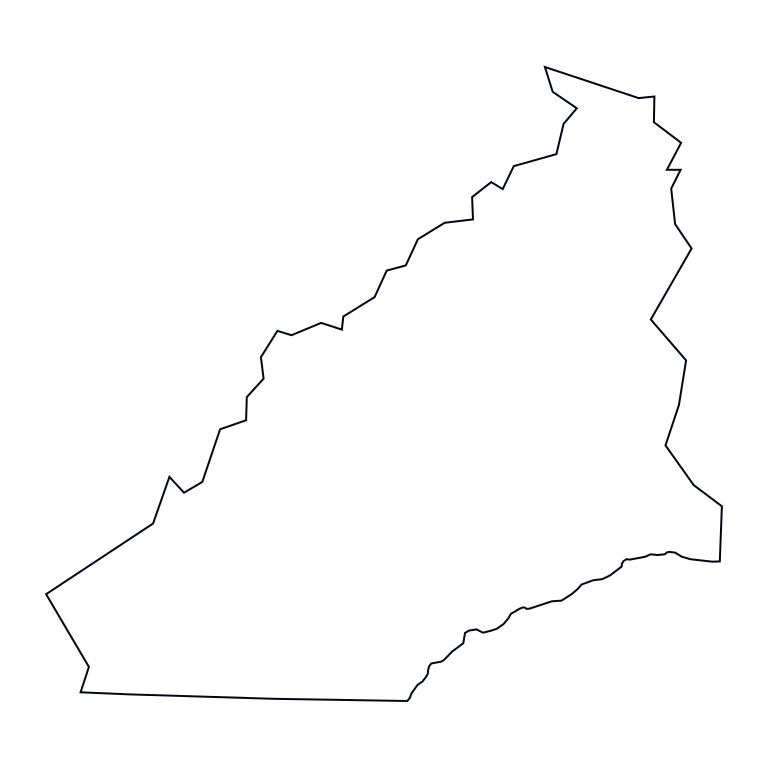 Bell, Kentucky, United States of America
{"feature_id": "52423323B3564583565128", "entity_name": "Bell", "entity_type": "district", "adm_level": 2, "iso_a3": "USA", "parent_name": "United States of America", "parent_adm1": "Kentucky", "projection": "mercator", "projection_center": [-83.631, 36.769], "detail": "fine", "context": "isolated", "style": "outline", "palette": "ink", "viewbox_px": 768, "rotation_deg": 0, "n_neighbors": 0, "source": "geoboundaries", "source_scale": "gbopen_adm2", "svg_char_len": 1343}
<svg xmlns="http://www.w3.org/2000/svg" viewBox="0 0 768 768"><path d="M80.6,692.3L130.1,694.4L273.5,698.8L407.3,701.0L409.8,697.9L411.6,693.2L417.7,684.7L422.5,681.5L425.8,677.2L427.8,673.8L428.1,670.1L429.2,666.2L431.2,663.5L441.4,661.6L444.1,659.9L452.2,651.5L463.3,643.2L465.0,633.0L469.2,630.5L476.5,629.4L483.0,632.7L491.3,630.6L496.7,628.8L503.6,624.0L508.4,618.2L510.9,613.8L519.9,608.6L523.1,607.4L524.8,607.6L526.6,608.9L529.7,608.6L551.8,601.3L561.6,600.6L571.8,594.0L577.3,589.4L581.6,584.5L593.1,580.3L602.4,579.1L609.9,575.5L621.7,566.5L621.8,564.1L623.3,561.3L626.5,559.2L629.9,559.6L645.0,556.8L650.8,554.3L657.4,555.0L664.8,554.3L666.9,552.4L669.5,551.9L675.0,552.6L681.8,556.7L690.4,559.2L712.4,561.7L719.8,561.4L721.9,506.3L693.7,485.1L665.5,445.4L678.9,405.1L686.1,360.4L650.8,319.5L691.6,248.5L675.1,224.1L671.2,188.6L680.6,169.8L666.9,169.8L681.1,142.8L653.9,122.2L654.4,96.5L638.6,98.1L544.9,67.0L552.7,91.8L576.8,108.3L563.6,123.8L556.4,154.1L513.8,166.1L502.7,189.1L491.2,182.1L472.1,197.1L473.0,219.4L444.6,222.8L417.9,239.2L405.8,265.4L386.7,270.6L374.6,297.1L343.3,316.5L341.9,329.6L321.1,322.9L291.5,335.2L277.4,330.9L260.9,357.2L263.6,378.6L246.8,397.1L246.1,420.2L220.1,429.3L202.3,481.9L184.0,492.7L169.4,476.9L153.1,523.5L46.1,594.2L88.9,666.9L80.6,692.3Z" fill="none" stroke="#020617" stroke-width="2"/></svg>